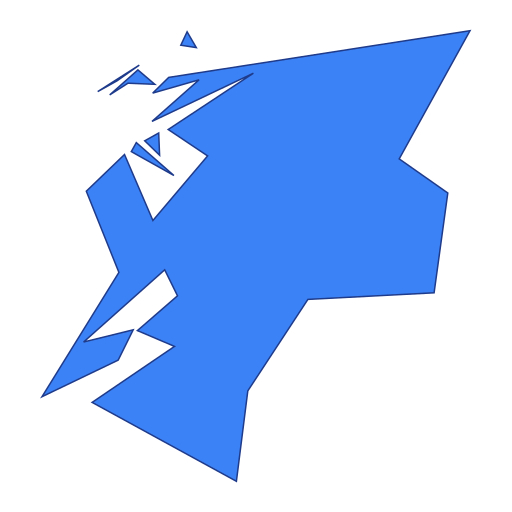 Nord-Trøndelag, Mercator projection
{"feature_id": "NOR-925", "entity_name": "Nord-Trøndelag", "entity_type": "County", "adm_level": 1, "iso_a3": "NOR", "parent_name": "Norway", "parent_adm1": "", "projection": "mercator", "projection_center": [11.396, 64.165], "detail": "coarse", "context": "isolated", "style": "filled", "palette": "blue", "viewbox_px": 512, "rotation_deg": 0, "n_neighbors": 0, "source": "natural_earth", "source_scale": "10m", "svg_char_len": 701}
<svg xmlns="http://www.w3.org/2000/svg" viewBox="0 0 512 512"><path d="M470.0,30.7L399.2,158.9L447.8,193.0L434.1,292.8L307.9,299.4L247.8,390.9L236.4,481.3L92.1,402.4L174.5,346.4L137.4,330.6L177.5,295.8L164.7,269.8L83.6,342.0L133.2,329.8L118.2,360.1L42.0,396.7L118.9,272.4L86.3,191.2L124.5,154.5L152.9,220.5L207.6,155.9L168.2,129.5L253.4,73.2L152.0,121.4L199.1,79.8L152.7,93.1L168.7,77.4L470.0,30.7ZM136.3,142.6L173.9,175.5L131.3,151.6L136.3,142.6ZM154.8,84.3L128.0,83.2L109.7,94.9L137.9,69.9L154.8,84.3ZM117.1,80.8L97.7,91.6L139.3,65.1L117.1,80.8ZM187.1,31.8L196.3,47.6L180.8,45.2L187.1,31.8ZM158.7,133.0L159.6,155.2L144.7,140.8L158.7,133.0Z" fill="#3b82f6" stroke="#1e3a8a" stroke-width="1.5"/></svg>